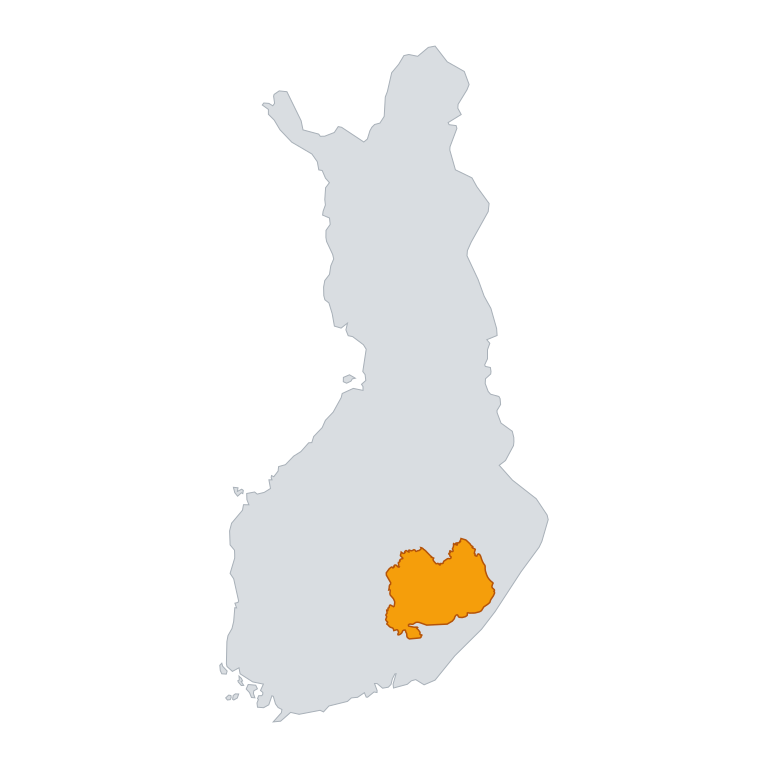 Southern Savonia highlighted on a map of Finland
{"feature_id": "FIN-3189", "entity_name": "Southern Savonia", "entity_type": "Province", "adm_level": 1, "iso_a3": "FIN", "parent_name": "Finland", "parent_adm1": "", "projection": "orthographic", "projection_center": [27.591, 61.902], "detail": "fine", "context": "in_parent", "style": "filled", "palette": "amber", "viewbox_px": 768, "rotation_deg": 0, "n_neighbors": 0, "source": "natural_earth", "source_scale": "10m", "svg_char_len": 8272}
<svg xmlns="http://www.w3.org/2000/svg" viewBox="0 0 768 768"><path d="M334.4,326.1L332.2,313.7L328.9,302.9L324.9,299.8L323.8,295.7L323.6,287.1L324.8,280.5L329.5,274.4L330.8,265.8L333.7,259.0L332.7,254.5L326.6,241.5L325.9,237.4L326.0,230.4L330.2,224.4L329.5,218.0L322.6,215.1L323.1,211.3L325.4,205.0L324.8,199.6L325.6,187.7L329.4,182.7L325.5,178.2L322.2,170.5L318.8,169.9L317.3,161.7L311.9,154.0L291.8,142.2L280.0,129.8L274.2,120.1L268.4,114.3L268.4,109.4L262.3,105.0L263.8,103.0L268.9,103.4L272.8,105.8L274.6,103.3L273.6,96.2L274.1,94.4L279.2,90.9L286.9,91.7L301.1,120.7L303.0,129.9L318.7,134.1L320.3,136.3L324.7,136.2L334.3,132.5L338.2,126.6L341.6,127.3L363.8,142.0L367.4,139.0L369.9,130.8L371.9,127.2L374.6,124.5L379.9,123.1L384.2,116.4L385.3,97.0L387.4,91.5L391.7,72.7L398.7,64.3L403.9,55.6L408.8,54.5L417.7,56.3L428.3,47.4L435.1,46.1L447.2,61.8L464.3,71.5L469.1,84.5L467.0,89.8L458.1,104.3L457.8,108.2L461.2,114.5L448.1,122.6L449.1,124.7L456.1,125.6L456.9,128.4L450.0,146.8L449.8,150.1L455.4,169.8L472.0,177.9L476.8,186.6L489.1,203.5L488.2,211.6L471.2,242.1L467.4,250.6L467.0,255.8L478.1,279.5L484.2,296.3L490.9,308.4L496.6,328.5L497.1,335.5L486.8,339.7L489.8,343.3L487.5,349.7L487.5,358.8L484.7,364.8L485.3,366.4L490.4,367.5L491.0,371.5L490.7,374.0L485.5,378.7L485.2,383.5L488.2,391.5L490.6,394.2L498.9,396.5L500.1,398.7L500.6,404.5L497.0,410.5L497.1,412.7L501.0,423.1L512.3,431.3L513.8,437.6L513.9,441.8L513.5,445.6L505.5,460.5L499.2,465.3L512.5,480.2L536.3,498.8L547.1,515.0L548.2,519.6L541.9,541.3L539.1,547.2L521.1,571.7L495.1,611.6L481.6,629.2L454.8,655.8L435.1,680.1L424.1,684.8L415.7,679.6L411.4,680.8L407.3,684.3L393.5,688.0L393.1,684.1L396.1,673.7L394.9,673.9L392.4,678.7L391.0,684.4L388.3,687.2L382.6,688.2L377.2,683.6L374.5,683.5L377.1,690.5L377.0,692.5L374.0,692.0L367.6,697.2L366.2,697.1L364.4,692.7L357.6,697.3L351.4,697.9L347.5,701.4L328.9,706.0L323.5,711.9L320.1,710.3L299.1,714.3L290.6,712.4L280.6,721.2L273.2,721.9L281.4,712.7L281.9,709.5L278.1,707.5L275.5,703.9L273.3,696.3L271.9,695.8L268.8,704.8L263.6,707.7L257.5,707.2L257.0,703.0L258.4,699.4L257.5,698.6L258.7,695.7L261.8,695.7L262.8,694.2L262.8,692.4L260.5,690.5L263.4,684.1L252.7,681.9L240.1,673.8L239.0,667.8L232.4,671.4L227.0,666.5L226.4,663.7L226.9,641.6L228.0,635.6L232.0,628.5L233.7,621.3L234.8,607.7L236.6,607.9L234.9,603.2L238.0,602.4L238.6,600.9L233.7,578.8L230.1,573.4L234.7,558.1L234.7,554.5L234.5,550.2L230.1,544.9L229.6,530.9L231.6,523.2L242.5,510.2L243.5,504.7L248.9,504.8L246.9,499.6L246.7,493.5L254.6,492.0L257.2,494.1L264.2,492.4L270.5,488.5L268.9,479.8L272.0,479.8L271.2,477.7L271.5,475.6L273.8,476.7L278.1,471.1L278.6,466.6L285.4,464.7L293.7,456.1L300.9,451.6L308.7,442.8L311.8,442.6L313.7,436.5L322.2,427.6L325.4,420.3L333.2,412.1L341.2,397.6L342.2,393.5L353.3,388.4L363.0,390.4L363.0,386.6L361.5,384.3L365.8,380.5L365.1,374.6L362.8,371.5L366.2,349.2L363.4,344.7L352.6,336.6L348.2,335.7L345.9,329.9L347.5,323.1L341.1,328.1L334.4,326.1ZM248.2,684.5L255.7,685.2L257.4,688.8L253.8,690.8L253.4,693.5L254.9,697.8L251.5,697.5L249.5,692.6L246.2,689.0L248.2,684.5ZM350.9,381.2L346.6,383.2L343.3,381.7L343.4,377.4L349.5,374.8L355.3,378.2L352.3,378.9L350.9,381.2ZM238.0,487.8L237.4,491.4L241.7,489.2L243.3,490.4L242.8,493.6L241.4,492.8L237.6,496.2L234.8,492.7L233.4,487.3L238.0,487.8ZM227.1,671.0L226.3,674.1L221.8,673.8L220.3,670.6L219.8,665.3L221.8,663.2L222.6,666.2L227.1,671.0ZM243.7,685.4L241.3,685.5L238.2,681.9L237.9,680.6L239.3,680.0L239.0,676.1L241.4,678.4L242.6,681.0L241.2,681.4L243.7,685.4ZM237.3,698.0L233.8,700.0L232.6,699.3L233.2,695.5L235.3,693.9L238.7,694.0L237.3,698.0ZM230.3,699.6L227.4,700.0L225.7,697.9L228.7,695.1L230.9,695.5L231.2,697.4L230.3,699.6Z" fill="#d9dde1" stroke="#a8b0b8" stroke-width="1"/><path d="M456.9,545.1L457.3,544.9L457.4,544.0L455.6,543.4L456.1,543.0L459.2,542.7L459.8,542.3L460.2,541.7L459.6,541.7L459.9,541.2L460.4,540.4L460.8,539.4L461.0,538.5L465.7,539.9L466.3,540.3L469.0,542.9L469.5,543.3L470.3,544.2L470.5,544.7L471.3,545.6L472.6,546.5L472.9,546.9L472.2,547.6L472.5,547.9L475.1,549.1L475.3,549.6L475.1,550.0L474.8,551.0L474.5,552.2L474.4,552.9L474.4,553.7L474.5,553.8L475.1,554.0L475.1,555.2L475.0,555.4L475.3,555.7L476.3,556.1L476.8,556.1L476.9,555.8L477.5,554.4L478.3,553.9L479.6,554.4L480.6,556.1L481.7,559.5L482.6,561.7L483.1,562.7L484.3,564.6L484.9,565.3L485.2,566.9L485.1,568.2L485.4,570.9L486.1,573.2L486.7,575.0L487.8,577.4L489.5,579.7L491.4,581.6L492.3,582.2L493.1,583.1L492.4,584.6L492.1,585.7L491.9,586.5L492.2,587.7L494.2,589.6L494.5,590.2L493.9,591.3L494.4,591.8L494.6,593.0L493.4,595.8L490.7,599.8L489.8,602.5L487.7,604.3L483.8,606.9L481.7,610.3L480.9,611.1L479.2,611.9L474.8,613.0L469.7,613.1L468.0,612.8L467.4,612.9L467.3,613.3L467.3,614.8L467.1,615.5L465.3,616.7L462.2,617.5L459.3,617.3L458.5,616.8L457.6,615.0L457.1,614.8L456.3,615.0L455.6,615.7L454.9,616.8L454.7,617.2L454.6,617.8L454.4,618.4L454.0,619.1L452.3,621.1L447.2,624.1L426.7,625.1L419.1,622.4L417.4,622.2L415.9,622.4L413.0,624.2L412.3,624.3L410.0,624.0L408.9,624.4L408.4,625.0L408.6,626.1L414.0,627.2L417.1,627.1L417.6,627.5L417.2,627.8L416.6,628.0L417.1,628.7L418.3,629.8L420.0,632.2L420.0,633.3L419.8,633.8L420.1,634.5L420.9,634.9L421.7,634.9L421.7,635.1L421.8,635.4L421.8,635.5L421.6,635.8L421.3,636.0L421.1,636.3L421.1,636.7L421.1,637.0L420.5,637.7L419.9,637.9L416.1,638.3L409.3,638.9L407.5,637.6L407.0,636.7L406.9,636.3L406.8,635.4L406.8,635.0L406.7,633.9L406.4,633.0L406.0,632.4L405.7,631.6L405.6,630.9L405.2,630.1L404.1,630.1L403.5,630.3L402.8,630.7L402.5,631.2L402.0,632.5L401.7,633.0L400.7,633.9L399.6,634.6L398.5,634.9L398.0,634.8L397.8,634.1L397.9,633.9L398.6,632.4L398.5,631.8L398.2,631.4L398.0,630.6L397.6,630.0L396.9,629.7L393.8,630.6L393.3,628.8L392.7,628.0L390.3,627.2L389.3,626.4L387.6,624.6L387.1,624.3L386.8,624.0L387.2,623.0L387.5,622.5L387.7,622.2L387.5,621.9L386.6,621.1L386.0,620.3L385.7,619.4L385.9,619.0L386.5,617.4L386.7,616.8L386.6,616.4L386.4,616.1L386.1,615.4L385.9,615.2L386.1,614.4L386.5,613.9L386.8,613.7L387.0,613.2L387.0,612.5L386.9,611.6L386.8,610.9L386.7,610.5L386.7,610.2L387.8,610.5L387.9,610.3L387.9,610.0L388.0,608.9L388.0,608.2L388.3,608.1L389.1,607.5L389.2,607.1L389.2,606.8L389.3,606.3L389.7,605.3L390.4,605.0L393.6,606.7L394.2,606.2L394.7,603.0L394.7,602.0L394.5,601.1L393.5,598.9L393.0,598.2L390.3,595.1L390.1,594.5L389.9,593.5L390.2,591.0L390.2,590.3L389.9,589.8L389.0,589.7L388.8,589.8L389.2,587.7L389.3,586.0L389.7,584.9L390.5,584.4L390.7,582.7L386.4,575.2L386.3,572.8L389.2,568.8L391.3,567.1L392.0,567.1L392.9,567.9L393.1,567.8L393.6,567.5L394.0,567.0L394.2,566.7L394.3,566.3L394.2,566.2L393.9,566.1L394.4,565.3L395.0,565.0L395.4,565.0L396.2,565.2L396.5,565.5L397.4,566.4L398.2,567.0L399.0,567.1L399.3,566.8L398.9,566.5L398.6,565.7L398.6,565.2L398.6,564.3L398.4,563.5L398.3,563.2L398.4,562.4L399.3,562.1L399.7,561.7L399.9,561.4L400.0,560.9L399.9,560.9L399.7,560.8L399.6,560.7L399.9,560.0L400.2,559.5L401.2,559.0L402.7,558.6L402.8,558.1L400.6,555.9L400.4,555.2L400.6,554.7L400.7,554.3L401.0,553.4L401.2,552.1L403.0,553.4L403.9,553.4L404.5,553.1L405.0,552.5L404.7,552.3L404.6,552.2L404.8,551.6L405.2,551.1L405.8,550.6L406.4,550.6L408.6,552.0L409.0,552.0L408.9,551.3L408.8,550.3L409.2,550.1L409.6,550.2L411.1,550.8L412.2,550.6L413.9,549.7L414.5,549.9L415.0,550.1L415.6,551.0L415.8,551.4L416.3,551.4L417.9,550.7L418.7,550.6L419.5,550.3L420.7,549.2L420.9,549.0L421.1,548.6L420.9,547.8L420.8,547.6L421.8,547.8L422.0,548.1L423.0,548.6L423.6,549.4L423.7,549.5L424.3,549.7L425.2,550.5L425.7,550.9L426.8,552.1L430.7,556.1L431.5,556.6L431.4,556.8L431.3,557.2L431.3,557.3L432.8,557.7L433.7,558.1L433.0,559.7L433.7,561.1L436.0,563.7L436.3,563.7L437.4,563.6L437.9,563.3L438.7,564.0L439.4,564.8L440.0,565.0L440.3,564.6L440.4,563.9L439.8,563.8L440.2,563.5L442.1,563.6L443.1,563.2L443.3,562.4L443.8,561.2L447.5,558.7L448.4,558.5L449.5,558.7L450.6,558.4L451.0,557.8L451.1,556.9L450.1,556.3L449.9,555.7L449.8,555.2L449.6,554.6L449.2,554.2L448.9,554.1L448.8,553.6L449.0,553.3L449.4,552.9L449.8,552.8L450.1,552.8L450.3,552.7L450.4,552.3L450.3,552.0L449.8,551.6L449.7,551.2L450.0,550.8L452.2,551.6L452.9,551.4L453.1,550.6L452.9,549.8L452.4,548.9L452.7,548.2L453.0,547.8L453.3,546.9L453.7,544.5L453.6,544.4L453.4,544.1L453.6,543.7L454.2,544.3L456.6,544.8L456.9,545.1Z" fill="#f59e0b" stroke="#b45309" stroke-width="1.5"/></svg>